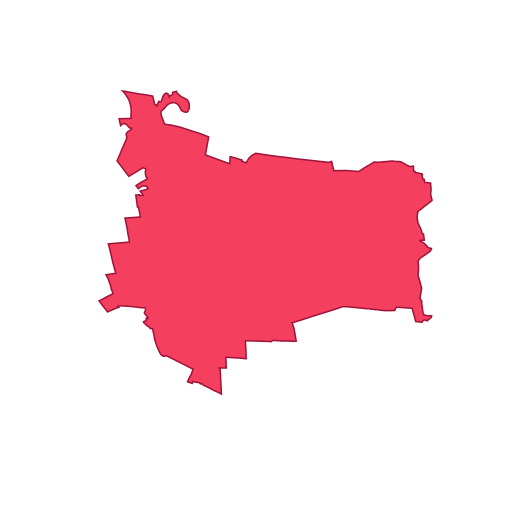 the district of Pascani, Iasi, Romania, rotated 202°
{"feature_id": "2599482B39664970554160", "entity_name": "Pascani", "entity_type": "district", "adm_level": 2, "iso_a3": "ROU", "parent_name": "Romania", "parent_adm1": "Iasi", "projection": "equal_earth", "projection_center": [26.726, 47.253], "detail": "fine", "context": "isolated", "style": "filled", "palette": "rose", "viewbox_px": 512, "rotation_deg": 202, "n_neighbors": 0, "source": "geoboundaries", "source_scale": "gbopen_adm2", "svg_char_len": 6110}
<svg xmlns="http://www.w3.org/2000/svg" viewBox="0 0 512 512"><g transform="rotate(202 256 256)"><path d="M121.4,389.1L127.2,387.4L128.8,390.1L130.0,389.8L130.5,390.5L132.2,392.6L132.0,393.3L132.5,394.1L132.8,394.4L139.8,393.1L139.8,393.4L140.0,393.7L140.3,393.9L141.0,394.0L141.7,393.8L143.7,398.3L144.4,398.1L145.1,397.5L146.2,396.9L147.0,396.6L150.4,396.7L151.8,397.1L154.8,397.3L156.4,397.7L158.4,397.3L162.8,395.7L164.8,395.3L166.1,394.8L169.5,392.9L173.0,391.2L177.0,389.1L178.8,388.3L181.9,387.3L182.7,386.1L184.6,383.4L186.5,381.2L186.8,380.6L188.4,378.6L190.3,375.8L192.2,373.1L192.5,372.8L204.3,369.1L215.8,364.3L221.4,372.1L223.7,370.0L224.0,370.0L254.8,361.3L266.7,358.3L271.0,357.0L281.0,354.4L294.5,351.2L295.0,350.9L295.7,350.0L296.9,348.5L298.0,346.8L299.0,344.5L299.5,342.5L299.7,341.6L299.9,338.8L304.7,338.5L304.8,339.7L312.3,339.1L316.9,338.6L317.2,338.3L314.9,331.8L317.5,331.6L340.8,330.8L344.5,348.7L353.5,348.6L365.2,347.7L369.8,347.4L375.1,347.0L380.9,346.1L384.2,345.5L384.2,345.3L386.6,344.9L390.1,344.0L396.1,350.4L397.2,352.2L398.0,353.7L397.9,355.6L397.4,356.2L395.9,359.3L395.6,360.7L395.2,361.9L394.5,363.3L393.4,364.7L391.9,366.1L390.2,367.2L388.3,367.7L386.5,367.5L385.5,367.3L383.8,366.4L381.8,364.9L380.5,363.6L379.7,363.0L378.5,362.8L376.9,362.7L375.6,362.9L374.6,363.1L373.9,363.5L373.3,364.7L373.3,368.3L374.7,371.7L376.0,373.3L377.9,374.9L380.2,375.4L382.6,375.5L385.1,375.9L386.6,376.2L390.8,377.8L391.5,378.9L394.6,376.5L394.1,375.6L394.0,375.0L394.0,374.4L394.4,373.8L394.9,373.3L395.5,372.8L395.9,372.3L395.9,370.8L396.1,370.9L396.6,371.6L397.8,372.9L398.3,373.3L398.5,373.4L399.6,373.5L400.0,373.5L400.3,373.3L400.7,373.0L401.0,372.6L401.3,372.2L401.6,371.5L402.1,369.3L402.0,368.6L402.0,367.6L401.9,366.0L401.7,364.7L401.8,364.2L402.2,363.5L402.6,363.0L404.1,363.0L404.3,360.0L403.7,358.6L403.8,358.3L404.0,358.1L404.3,358.1L404.7,358.2L405.0,358.5L406.6,358.7L407.0,359.0L407.9,360.4L411.7,365.6L418.0,364.3L421.3,363.6L423.2,362.9L437.7,359.9L438.1,359.7L438.5,359.8L441.5,359.0L440.4,358.6L437.5,356.9L434.1,354.5L432.3,353.0L430.9,351.5L430.0,350.4L428.1,347.6L426.9,345.5L426.3,344.3L425.6,342.4L424.9,340.3L424.2,338.4L423.3,336.8L434.4,332.0L430.4,326.1L429.5,328.0L429.1,328.5L428.5,329.0L426.4,329.6L425.4,329.4L424.7,329.2L421.8,327.6L421.2,327.4L420.1,327.7L419.3,328.1L419.1,327.7L419.1,327.1L419.8,325.7L420.0,324.9L421.1,323.9L421.5,323.1L422.2,320.9L421.4,319.1L420.5,318.5L420.3,318.2L420.1,316.9L420.0,314.8L420.1,309.1L420.3,305.5L420.3,300.1L420.5,292.2L403.7,282.2L393.7,295.7L392.6,295.4L391.5,295.6L391.3,295.6L390.8,295.4L390.6,294.9L390.2,292.6L389.3,290.8L388.7,289.7L388.2,288.9L387.4,288.2L386.4,287.6L385.7,286.8L390.8,280.4L393.7,276.3L390.3,274.3L389.0,276.2L388.3,277.9L387.2,278.5L383.9,279.7L383.6,279.4L383.3,279.4L382.8,279.1L382.1,278.4L381.8,277.9L381.4,277.7L383.6,275.9L387.7,272.7L383.3,270.0L386.3,268.4L386.9,269.2L390.3,267.5L384.3,257.0L383.4,257.4L377.8,249.0L381.0,247.3L391.7,242.1L385.7,233.1L382.8,228.1L380.1,224.1L378.6,221.5L397.5,211.9L396.0,210.0L391.6,203.9L385.9,195.8L379.6,187.4L388.1,182.4L385.6,180.4L384.7,179.6L380.2,174.5L378.7,172.6L377.8,171.1L375.8,169.1L374.5,167.5L379.6,161.7L383.0,157.5L384.7,155.6L378.8,152.0L376.4,150.7L372.7,148.5L365.7,155.7L363.9,157.0L365.3,157.9L362.1,159.4L352.5,162.5L341.8,165.4L341.2,165.8L339.5,166.6L338.8,165.8L338.6,165.4L338.2,163.9L338.1,163.6L338.2,162.6L338.3,161.9L338.3,161.6L338.1,161.3L337.0,160.5L335.8,160.0L334.8,159.4L334.3,159.3L334.2,159.1L334.1,158.8L334.0,158.4L333.7,158.3L332.7,158.1L332.6,157.9L332.9,157.8L333.5,157.6L334.2,157.1L334.5,156.9L334.3,156.4L333.7,156.0L333.4,154.8L333.9,154.3L334.9,154.0L335.3,153.3L335.7,153.0L335.3,152.2L333.0,151.4L332.4,151.0L331.3,150.6L330.8,150.5L328.6,150.1L326.7,149.1L324.9,150.0L320.4,143.6L319.2,141.4L317.1,138.7L314.0,135.1L311.9,133.0L308.4,129.8L307.4,129.1L306.7,128.8L305.7,128.5L304.9,128.3L304.3,128.4L303.2,128.7L302.4,129.5L301.9,130.0L272.0,127.5L271.8,123.7L271.8,121.3L272.2,119.1L272.4,113.7L267.4,113.9L267.4,114.2L267.6,115.3L267.6,116.0L266.2,116.0L265.3,116.2L263.9,116.7L261.1,117.2L260.5,117.1L260.2,116.8L260.0,116.7L259.0,116.7L258.9,117.1L259.0,117.3L258.7,117.5L257.6,117.0L256.0,116.5L250.3,116.2L248.2,115.9L244.1,115.5L241.8,115.5L236.3,115.0L246.7,137.4L247.2,137.7L248.5,138.2L248.3,138.4L241.6,141.0L246.0,150.8L235.2,154.5L226.6,157.1L230.8,166.5L234.1,173.5L210.0,182.3L209.7,182.3L209.0,183.9L201.0,186.7L200.4,186.6L200.2,186.7L199.3,187.3L196.9,188.2L188.8,191.1L186.8,192.0L188.7,195.2L193.2,202.4L194.7,204.4L197.6,207.6L196.8,208.1L190.4,213.3L181.5,220.8L164.9,234.4L157.2,241.0L156.0,241.8L151.7,243.3L138.2,247.3L135.8,248.0L134.4,248.2L133.6,248.5L132.8,249.0L131.8,249.4L131.1,249.5L130.0,249.6L128.2,250.2L125.1,251.0L124.5,251.3L123.2,251.7L119.6,252.5L115.3,253.9L110.7,255.8L109.8,256.2L107.5,257.2L107.0,257.3L106.7,261.1L91.7,266.0L83.3,255.0L82.1,255.4L77.2,256.8L77.0,258.5L76.9,258.9L75.9,259.7L75.3,259.9L72.8,260.1L72.7,260.4L72.4,261.4L71.1,263.4L70.6,264.5L70.5,265.2L70.8,266.4L74.7,264.9L78.2,264.2L78.6,264.9L79.2,264.8L85.2,275.2L85.1,275.8L85.3,276.1L85.8,276.5L86.5,277.0L87.9,278.2L88.5,278.4L88.4,279.0L88.4,279.6L88.8,280.9L89.0,282.3L89.5,284.9L89.9,285.8L90.3,287.9L90.9,289.0L91.9,290.3L93.5,292.3L93.6,292.6L97.3,297.3L98.3,298.4L98.6,299.4L99.2,300.8L99.8,302.6L99.9,303.3L100.3,304.6L101.3,306.9L101.8,308.2L103.5,311.1L103.6,311.6L103.6,313.2L103.4,313.9L103.2,314.6L103.1,315.2L102.7,316.2L102.1,316.8L100.9,318.6L99.5,320.6L96.4,325.5L96.1,326.8L96.0,327.8L96.1,328.8L98.3,328.3L101.3,328.8L101.4,329.3L101.7,329.5L103.3,330.1L105.0,330.9L108.9,331.3L109.3,331.2L109.8,332.0L105.9,333.7L108.9,339.1L110.2,339.2L110.5,339.4L110.8,339.6L112.0,341.3L113.8,343.4L114.9,344.3L115.6,344.8L118.8,348.0L119.1,348.7L119.3,349.4L119.6,349.8L120.0,350.1L121.1,352.5L122.0,354.8L122.1,355.9L122.0,356.3L122.4,356.8L122.6,356.9L122.8,357.4L113.7,373.2L113.7,373.8L114.6,374.9L116.6,377.9L117.4,379.1L118.0,381.3L118.4,382.9L119.4,385.0L119.8,385.7L121.3,388.6L121.4,389.1Z" fill="#f43f5e" stroke="#9f1239" stroke-width="1.5"/></g></svg>